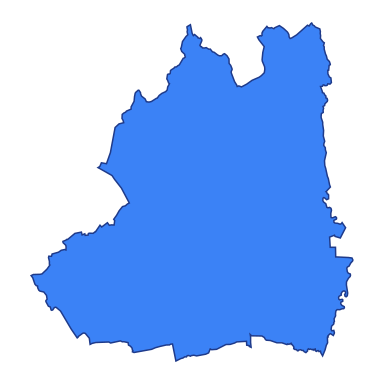 the district of Kao Liao, Nakhon Sawan, Thailand
{"feature_id": "78962969B93579167004560", "entity_name": "Kao Liao", "entity_type": "district", "adm_level": 2, "iso_a3": "THA", "parent_name": "Thailand", "parent_adm1": "Nakhon Sawan", "projection": "equal_earth", "projection_center": [100.115, 15.884], "detail": "fine", "context": "isolated", "style": "filled", "palette": "blue", "viewbox_px": 384, "rotation_deg": 0, "n_neighbors": 0, "source": "geoboundaries", "source_scale": "gbopen_adm2", "svg_char_len": 5897}
<svg xmlns="http://www.w3.org/2000/svg" viewBox="0 0 384 384"><path d="M31.1,275.6L32.7,277.7L34.9,284.1L36.3,285.7L37.6,286.0L37.7,287.8L38.8,290.2L39.9,291.1L43.8,292.0L46.5,295.4L47.1,299.2L45.9,300.6L45.9,301.6L48.4,306.2L50.3,307.0L51.1,310.0L51.8,310.3L52.8,309.9L54.3,307.6L55.5,307.2L56.2,307.4L60.5,311.0L71.2,329.1L77.2,337.9L78.1,337.2L78.3,336.5L82.7,333.3L83.9,333.0L85.3,333.4L89.3,338.2L90.1,344.4L92.1,343.4L95.8,342.5L108.8,342.0L110.6,343.0L120.4,340.9L122.3,341.8L123.9,341.7L128.1,342.6L128.5,345.1L130.5,346.2L132.1,348.2L132.4,350.1L132.9,350.5L132.4,351.8L134.0,352.5L151.7,349.3L155.4,347.7L160.1,346.4L166.2,345.0L169.6,344.9L170.5,344.2L172.5,344.0L175.9,361.0L181.0,358.5L183.0,358.0L184.7,356.8L186.5,356.9L187.2,355.7L188.5,355.5L190.5,356.2L191.3,355.6L193.8,355.2L196.6,355.9L205.7,354.2L208.6,352.9L210.2,349.0L211.6,349.7L216.6,349.3L226.0,344.5L230.2,344.4L234.7,343.0L236.7,341.9L246.5,341.3L246.7,345.2L249.2,345.6L249.3,346.5L251.1,347.3L250.6,342.5L250.6,336.9L250.2,334.5L251.6,335.8L261.9,336.0L264.3,337.5L265.5,339.6L266.4,340.2L270.3,340.5L276.9,342.8L281.9,342.8L287.0,344.6L287.7,343.9L288.9,344.3L291.1,343.3L291.3,344.4L291.8,344.2L293.6,346.5L293.9,347.7L293.7,348.7L295.0,349.5L296.5,349.6L297.4,350.8L298.2,350.8L298.7,350.1L300.6,349.7L302.1,350.5L303.2,350.4L304.2,351.7L305.9,352.6L307.6,350.9L307.5,349.9L308.4,348.8L309.4,349.4L310.3,349.0L312.4,349.8L313.0,349.3L313.9,350.2L314.5,349.3L315.2,349.0L315.7,351.0L316.7,351.4L317.3,350.7L318.3,350.6L319.0,351.6L320.5,351.2L320.8,352.8L322.6,355.9L325.1,349.8L326.3,345.3L327.6,342.8L327.4,338.0L327.5,337.0L328.2,336.9L327.9,335.9L329.8,333.9L330.6,333.7L333.3,335.5L334.3,333.4L334.4,332.6L333.8,330.4L331.9,330.8L331.1,329.4L331.6,326.1L333.6,324.2L333.9,323.3L333.7,322.4L334.4,321.7L334.1,318.8L335.6,315.8L335.5,313.6L335.9,310.9L337.1,309.6L339.8,309.7L342.0,308.8L343.7,308.7L344.4,307.8L344.2,306.6L341.8,305.3L340.7,303.7L340.9,302.1L342.7,301.4L342.8,299.8L342.2,299.3L339.6,299.8L338.8,299.1L338.6,297.2L339.2,296.2L341.3,295.1L341.1,293.7L342.4,291.5L343.9,290.9L345.1,291.3L345.5,292.0L345.5,293.2L344.6,294.6L345.1,296.3L346.1,296.8L347.3,295.8L347.7,293.1L346.4,284.9L346.5,281.8L348.5,278.2L350.1,276.6L350.5,275.3L350.3,274.0L348.3,273.2L347.3,271.7L346.8,268.2L347.4,267.0L349.1,266.1L350.7,263.1L352.6,261.0L352.9,260.0L352.0,258.0L348.3,257.5L335.7,256.9L335.5,247.3L330.2,247.3L329.6,237.1L334.5,235.2L335.0,236.4L340.3,238.0L345.6,227.7L342.1,222.6L341.4,223.6L340.1,224.2L337.6,223.3L335.1,223.1L334.0,222.4L333.8,220.4L336.4,219.1L336.6,218.2L336.4,217.4L335.3,216.7L332.6,217.8L331.2,217.6L330.9,216.4L330.8,213.4L331.5,210.2L331.0,208.3L329.6,207.4L328.0,207.8L326.9,207.4L325.8,203.7L323.5,201.9L322.8,200.4L323.0,198.2L323.7,197.6L324.5,197.8L326.6,199.7L328.6,198.8L328.6,195.0L328.3,194.3L327.3,193.9L326.6,192.0L326.0,191.7L330.4,187.0L329.6,184.9L328.3,178.5L327.4,176.3L325.7,168.4L324.8,165.5L324.5,160.7L326.3,152.7L325.4,149.9L325.3,147.7L323.7,145.4L323.9,143.6L324.7,141.3L323.3,136.0L323.6,130.5L322.7,124.4L322.7,122.2L321.2,117.8L321.1,116.4L321.4,113.5L323.2,112.5L323.1,110.0L323.6,108.4L323.0,106.4L324.6,105.6L324.9,103.8L327.3,101.4L327.6,100.1L327.1,98.4L325.9,97.9L325.9,96.0L324.6,94.7L324.0,93.2L322.4,92.6L322.4,91.6L320.5,86.5L322.5,86.3L323.2,84.9L324.1,85.0L324.9,85.7L326.7,85.5L327.3,85.1L327.8,83.8L330.0,84.1L331.4,82.6L330.9,77.9L329.4,77.0L327.9,73.8L327.8,70.3L328.7,70.2L329.1,65.4L330.3,64.7L330.2,63.9L329.4,61.5L327.2,59.2L326.4,55.9L325.5,54.0L324.2,49.1L324.2,46.8L323.5,45.6L324.3,42.8L323.0,41.9L320.4,38.5L320.6,35.6L320.2,33.3L320.4,31.6L319.8,28.9L315.3,27.0L314.3,25.8L312.9,25.1L311.7,23.0L310.8,23.6L309.1,26.0L307.5,25.2L296.6,34.9L291.6,38.0L290.1,38.5L289.1,36.9L288.9,34.8L288.3,33.4L287.4,32.0L283.5,28.4L279.4,25.6L274.8,27.7L273.9,28.7L271.3,27.6L270.0,28.1L268.8,27.7L268.1,27.9L266.9,26.4L262.6,31.5L262.5,32.4L262.0,32.9L262.0,35.5L261.2,36.0L260.2,35.6L257.4,37.0L258.9,39.8L264.2,46.6L262.8,52.5L262.1,59.6L262.3,61.2L264.6,66.8L264.8,69.4L264.3,72.7L261.4,75.6L259.2,77.2L252.1,80.3L246.6,84.2L241.5,86.9L238.8,85.9L237.2,86.5L236.7,85.0L234.6,81.7L231.2,72.7L231.3,71.2L232.1,69.7L232.0,68.6L230.7,65.4L229.1,63.4L229.0,59.0L227.0,55.7L224.6,53.7L223.4,54.1L221.7,55.7L219.4,55.8L217.7,55.0L214.2,52.3L212.4,51.8L210.3,49.1L208.8,49.2L206.2,47.6L204.5,48.0L202.4,47.9L201.5,46.6L200.7,46.6L199.9,45.3L201.8,40.8L201.9,39.9L201.2,38.5L200.6,37.7L200.0,38.5L197.9,37.8L197.9,37.3L194.6,34.5L193.3,35.6L192.1,33.1L190.4,24.7L187.0,26.7L187.0,27.8L187.5,29.8L187.1,31.8L187.8,34.8L186.0,36.5L182.5,41.5L181.3,47.4L180.7,48.6L181.7,51.4L184.7,54.3L184.8,55.5L185.3,57.0L184.0,58.1L183.2,58.3L179.3,64.9L177.8,65.7L176.6,66.8L174.7,67.1L173.9,68.2L171.3,69.8L170.5,70.6L170.2,73.4L169.6,74.0L168.1,74.1L167.5,74.6L166.8,78.9L167.6,80.2L168.6,83.0L169.5,83.7L167.7,86.9L167.2,89.9L165.7,91.6L161.8,93.4L159.1,95.5L157.2,98.2L156.6,98.2L151.4,101.5L149.0,102.1L146.4,101.7L145.1,98.9L141.6,96.2L140.6,93.9L140.5,92.6L139.0,90.3L138.2,90.2L135.8,92.3L135.2,93.2L134.5,96.7L134.1,101.3L131.1,106.9L131.1,109.1L126.4,111.1L125.6,112.2L124.0,112.9L122.2,114.4L122.0,118.5L123.1,120.4L123.7,122.7L119.0,123.9L115.1,127.5L110.4,152.6L106.5,163.7L101.4,162.8L99.8,166.5L98.0,167.6L112.0,175.5L114.6,179.4L121.4,188.1L129.3,203.0L127.4,204.0L125.4,205.8L122.5,206.6L119.2,210.7L116.6,215.3L113.7,219.3L114.7,220.6L114.1,225.0L111.2,224.9L109.3,225.3L107.4,222.7L101.7,227.0L100.0,225.2L95.5,231.8L95.2,231.7L93.2,233.3L89.3,233.2L88.4,233.5L88.1,235.1L85.2,235.4L84.8,233.8L82.1,234.9L81.4,232.1L74.9,233.4L67.6,239.5L67.0,239.3L65.6,240.3L62.9,241.4L63.1,242.7L65.8,245.3L66.1,247.0L65.9,250.0L64.7,249.5L61.2,250.3L58.5,252.2L52.1,254.0L51.5,256.3L48.8,256.2L48.5,257.7L49.4,261.3L49.4,264.4L49.9,265.0L47.0,269.1L42.0,273.9L40.2,274.3L33.4,274.5L31.1,275.6Z" fill="#3b82f6" stroke="#1e3a8a" stroke-width="1.5"/></svg>